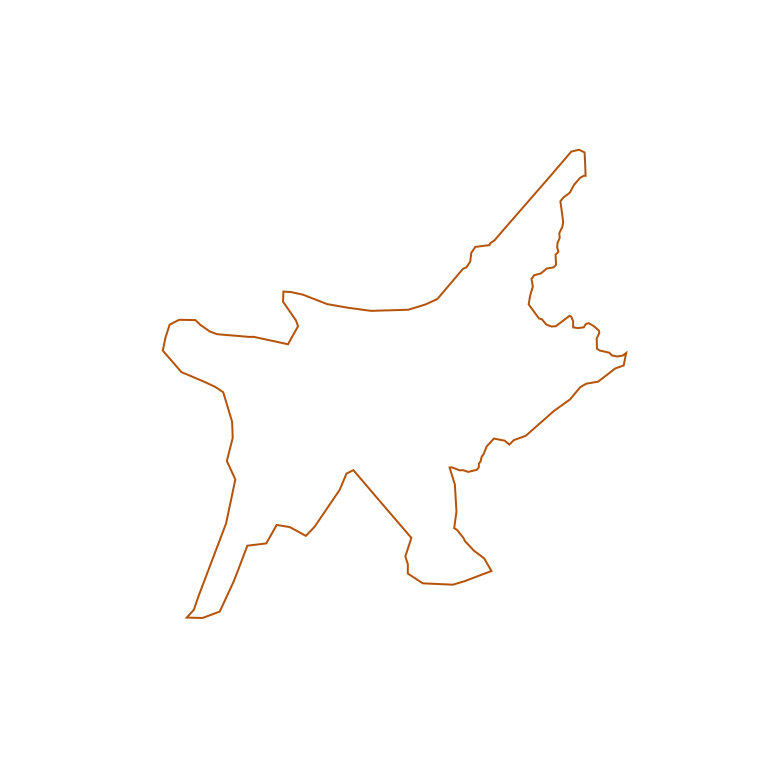 Kisangani, Orientale, Democratic Republic of the Congo (Albers equal-area conic projection), rotated 18°
{"feature_id": "63176286B93910554563220", "entity_name": "Kisangani", "entity_type": "district", "adm_level": 2, "iso_a3": "COD", "parent_name": "Democratic Republic of the Congo", "parent_adm1": "Orientale", "projection": "albers", "projection_center": [25.29, 0.544], "detail": "fine", "context": "isolated", "style": "outline", "palette": "amber", "viewbox_px": 768, "rotation_deg": 18, "n_neighbors": 0, "source": "geoboundaries", "source_scale": "gbopen_adm2", "svg_char_len": 2721}
<svg xmlns="http://www.w3.org/2000/svg" viewBox="0 0 768 768"><g transform="rotate(18 384 384)"><path d="M497.1,100.9L490.3,105.1L477.7,135.4L459.1,179.1L450.2,200.0L444.7,213.3L441.5,217.3L441.5,217.7L441.5,219.3L438.2,220.8L428.5,225.4L428.3,225.9L426.5,232.4L427.9,239.4L428.2,241.1L427.3,244.1L426.3,247.7L423.9,249.7L423.5,250.1L408.5,286.7L398.9,295.5L384.3,305.8L381.8,306.7L364.6,312.9L361.1,314.1L349.3,318.4L326.3,322.6L307.2,325.3L305.6,325.6L279.3,324.1L267.0,325.3L259.8,327.2L262.6,337.0L280.5,350.6L284.4,355.6L282.2,366.7L280.4,375.9L245.5,379.4L241.5,380.8L209.9,388.2L202.1,387.9L191.3,384.6L184.9,381.5L169.4,386.2L161.8,393.8L161.8,407.2L163.3,420.6L187.7,435.3L212.3,437.4L224.3,438.9L233.6,441.5L242.8,454.7L251.1,466.7L254.1,474.6L256.8,482.2L258.3,505.8L272.1,520.7L276.9,565.4L273.2,642.4L272.9,657.5L268.6,667.1L283.7,662.6L294.8,653.8L298.1,651.2L302.0,618.9L302.7,607.5L303.2,596.6L304.0,580.0L321.3,572.0L325.5,551.2L338.6,549.2L356.6,552.6L362.1,541.2L374.6,498.2L376.0,480.8L381.5,475.4L412.0,494.1L418.5,498.1L457.6,521.9L457.6,541.4L462.4,548.1L465.2,556.9L482.4,561.6L511.5,553.6L521.2,546.9L535.8,535.2L544.0,528.7L543.5,528.2L533.1,518.9L521.2,514.8L520.1,514.2L509.7,508.5L506.9,505.7L498.6,500.2L495.3,499.4L492.3,482.8L482.4,457.6L472.2,443.2L473.7,442.5L474.0,442.3L482.7,442.7L484.5,442.0L486.0,441.5L487.0,441.5L487.9,441.5L488.2,441.5L491.0,441.6L491.3,441.6L498.8,436.9L499.9,434.0L499.0,430.9L498.9,430.4L499.3,429.3L499.8,427.8L499.5,424.7L499.4,422.8L500.4,419.9L500.5,418.2L500.9,411.7L505.4,401.9L514.0,400.9L516.2,400.6L516.8,400.8L521.9,402.9L522.2,402.3L524.8,397.3L529.4,393.7L534.8,389.5L554.0,357.0L565.7,341.2L571.6,326.4L576.4,321.1L586.8,315.7L590.1,310.9L599.3,297.6L606.2,292.3L604.7,279.7L603.0,282.2L602.4,283.1L600.5,284.1L597.2,285.8L591.8,286.4L588.7,284.6L578.6,285.5L575.7,284.6L575.1,283.1L574.0,279.9L572.5,275.8L572.2,275.1L573.0,268.9L571.9,266.8L566.5,264.5L565.3,264.0L564.7,263.9L559.9,262.9L557.6,264.3L557.2,265.4L556.4,268.4L554.1,269.5L551.1,270.9L549.2,271.2L546.4,271.7L544.4,265.6L541.8,262.8L541.3,262.2L539.4,261.8L529.6,275.9L525.5,277.6L522.0,277.4L520.1,277.3L519.2,276.8L516.4,275.1L514.1,273.6L512.7,273.7L511.1,273.8L509.1,272.3L497.0,263.6L495.9,256.4L495.5,251.5L495.5,245.5L491.8,238.4L493.2,234.2L499.0,230.4L503.1,223.9L507.3,221.7L509.3,220.6L510.8,217.4L507.2,208.1L509.0,204.3L506.4,200.5L506.3,199.9L505.5,196.4L505.9,190.7L504.1,186.4L505.1,179.1L504.9,178.1L504.3,174.4L502.5,170.7L501.3,168.1L499.1,163.6L495.3,155.7L495.7,154.6L496.9,151.4L498.4,149.2L501.6,144.7L502.8,137.8L503.1,136.0L506.8,127.3L509.7,124.2L511.4,123.7L506.3,109.8L503.2,101.8L497.1,100.9Z" fill="none" stroke="#b45309" stroke-width="2"/></g></svg>